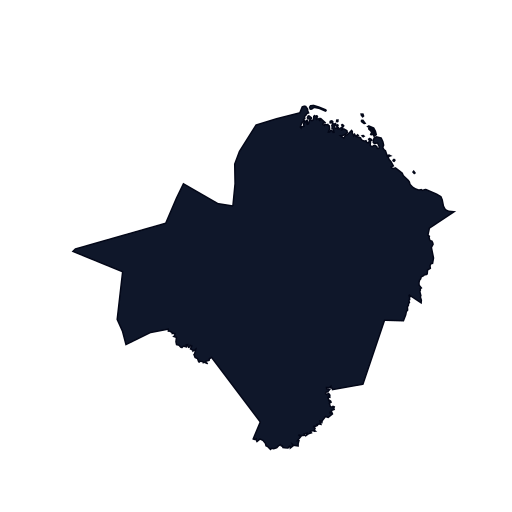 outline of Madang District, Madang, Papua New Guinea, rotated 293°
{"feature_id": "67681753B97158406764408", "entity_name": "Madang District", "entity_type": "district", "adm_level": 2, "iso_a3": "PNG", "parent_name": "Papua New Guinea", "parent_adm1": "Madang", "projection": "mercator", "projection_center": [145.661, -5.093], "detail": "fine", "context": "isolated", "style": "filled", "palette": "ink", "viewbox_px": 512, "rotation_deg": 293, "n_neighbors": 0, "source": "geoboundaries", "source_scale": "gbopen_adm2", "svg_char_len": 6156}
<svg xmlns="http://www.w3.org/2000/svg" viewBox="0 0 512 512"><g transform="rotate(293 256 256)"><path d="M411.4,240.3L404.9,240.4L390.4,221.3L376.6,204.9L345.8,199.9L332.3,200.5L314.3,208.5L293.6,215.0L292.9,214.8L289.3,200.4L294.1,161.0L278.4,160.2L250.9,160.1L191.9,87.0L188.7,85.7L189.4,139.4L143.4,153.0L134.6,162.5L123.7,170.9L144.2,188.6L154.4,203.8L152.6,204.7L153.1,205.6L152.7,209.4L152.0,209.3L152.9,211.7L151.0,212.3L149.8,211.7L150.0,214.6L145.8,215.8L143.4,217.5L143.8,220.0L142.7,222.3L142.8,223.6L144.7,224.4L145.1,227.3L147.1,226.4L147.7,227.6L147.0,227.5L145.6,229.6L146.3,230.4L148.1,230.4L148.1,232.1L144.9,232.0L144.6,234.7L143.9,235.1L146.8,237.0L141.9,237.7L141.1,237.4L138.8,239.6L138.7,242.3L136.2,244.6L136.3,245.3L137.2,245.5L138.1,248.3L137.2,249.1L138.0,249.8L138.0,253.7L138.4,251.7L139.4,250.7L141.6,253.6L143.3,253.3L145.3,254.7L104.9,324.8L86.5,324.9L86.5,326.2L87.8,327.6L86.9,327.8L85.6,329.4L89.1,331.2L89.0,334.5L87.2,337.9L85.2,339.4L85.2,341.1L83.6,344.9L85.1,345.6L85.5,347.6L87.6,350.0L90.1,350.9L91.9,352.2L91.0,353.6L91.6,354.4L90.2,355.7L91.1,358.7L91.8,360.5L94.0,361.1L94.0,361.9L92.6,362.6L95.7,364.3L97.1,362.8L96.6,365.2L97.6,369.0L99.8,368.1L102.7,367.7L102.0,366.2L107.3,367.8L107.6,365.5L108.2,365.6L108.3,367.8L110.0,371.0L111.0,369.8L112.9,372.1L110.6,372.4L112.9,373.8L114.9,376.1L115.7,374.6L116.3,374.9L117.7,377.2L117.4,378.1L118.0,379.1L118.4,377.7L120.5,377.7L121.2,375.8L122.1,375.9L122.4,377.2L124.0,378.7L124.7,377.8L126.1,380.0L126.4,381.6L127.7,380.8L128.1,379.7L129.2,379.1L129.6,380.1L128.9,381.6L130.2,381.3L135.4,382.7L135.6,385.5L140.5,388.1L141.6,387.0L140.6,386.3L140.4,385.2L141.5,385.2L142.1,386.3L143.3,385.8L145.3,387.9L146.2,387.1L147.7,387.0L147.7,385.6L146.5,385.2L146.5,383.1L149.1,381.0L150.1,381.8L150.8,380.5L151.1,381.9L151.6,381.4L152.0,379.0L154.0,377.4L154.7,379.0L155.6,377.9L156.1,378.7L157.1,378.0L157.8,376.5L156.0,375.0L156.9,373.6L158.2,373.8L158.9,375.1L162.0,376.0L161.1,372.9L162.5,372.2L163.4,374.7L165.3,375.8L164.0,376.2L164.0,377.8L162.9,378.6L179.8,404.5L247.1,399.4L254.0,417.0L260.3,416.8L263.6,416.1L265.4,416.7L268.5,415.2L270.0,415.6L271.7,415.0L273.2,415.4L274.8,414.0L275.9,414.5L277.7,413.5L278.9,413.8L279.1,412.3L280.0,412.4L277.4,426.3L279.9,425.5L282.5,423.3L284.0,423.2L287.4,420.6L288.6,420.7L290.2,420.0L291.2,420.7L292.8,417.6L294.9,416.5L297.6,416.0L299.3,416.5L301.3,416.2L303.3,417.9L305.0,418.6L305.1,419.7L306.4,420.6L310.1,419.4L312.8,421.3L315.1,419.9L317.7,420.2L318.2,421.4L323.5,420.2L332.4,414.1L336.0,414.4L337.2,413.5L338.4,412.1L338.2,410.5L338.7,409.6L340.8,408.0L341.9,407.9L342.4,406.1L349.4,404.7L374.1,421.0L372.5,415.9L372.5,413.2L373.1,411.5L375.2,409.0L380.4,405.5L382.8,403.1L383.5,398.3L383.6,386.7L383.4,385.9L381.4,383.6L381.7,382.2L380.3,380.1L380.1,376.4L380.6,373.2L382.1,369.8L384.1,368.2L385.0,366.8L387.5,360.2L389.4,358.2L391.6,350.0L390.1,348.1L390.1,346.7L390.8,345.5L392.6,347.2L395.7,343.2L396.9,340.6L398.6,339.3L398.7,338.2L403.4,334.1L403.9,332.2L405.1,330.7L405.7,330.2L407.9,330.2L410.8,328.1L413.5,325.1L412.8,320.4L410.7,318.7L408.8,318.7L406.4,319.5L406.0,320.2L406.0,321.1L407.5,323.8L404.6,326.9L403.5,327.1L402.6,326.4L402.4,325.6L403.8,324.6L404.4,322.4L403.8,321.3L402.1,320.3L402.1,318.5L402.7,317.8L405.3,317.0L405.8,316.4L405.2,315.3L403.9,315.0L403.9,313.4L405.1,312.2L404.2,311.1L403.9,308.8L404.5,307.2L405.6,306.1L405.1,301.1L406.6,299.2L404.7,298.9L407.4,296.2L408.3,296.0L408.9,294.9L403.5,292.8L401.7,291.2L398.8,290.8L399.7,286.7L401.2,289.2L403.0,290.6L405.3,291.8L406.9,290.7L407.3,287.3L405.7,285.7L407.6,285.7L407.8,284.6L405.1,282.8L404.9,281.8L405.4,281.3L406.3,281.7L406.8,280.9L406.5,280.2L405.1,280.3L404.5,279.6L404.6,278.8L407.9,276.0L408.0,275.2L407.6,274.8L405.4,274.9L404.8,275.9L403.5,275.9L403.0,276.2L403.2,277.6L400.3,279.5L399.8,278.6L401.3,276.7L400.4,275.7L398.7,275.3L398.2,274.2L400.2,273.9L401.0,274.5L404.4,272.7L404.4,271.8L405.2,270.7L404.2,269.5L404.4,268.4L403.9,267.9L402.9,268.0L403.1,266.3L404.4,265.9L405.9,267.3L407.8,261.9L407.5,261.1L406.2,262.1L405.6,261.6L406.7,259.7L405.3,258.3L405.7,257.7L408.2,258.2L408.8,257.5L408.7,256.9L407.8,256.6L408.1,255.0L407.1,254.6L405.7,255.2L403.4,255.4L402.4,254.6L402.4,252.9L401.6,252.3L397.9,252.7L397.1,251.7L397.7,250.9L398.7,251.2L400.2,250.7L400.9,250.1L400.4,249.4L399.1,249.6L396.8,247.9L394.0,249.5L393.0,247.6L391.3,247.6L391.8,246.5L393.0,246.2L397.4,246.3L399.3,248.0L400.2,246.3L401.6,247.2L403.0,246.3L403.9,246.3L405.0,246.9L406.9,247.1L408.3,248.5L410.0,246.7L411.4,246.1L413.1,243.3L412.8,241.9L411.4,240.3ZM419.8,314.3L419.8,309.0L418.8,308.3L418.4,313.0L417.3,312.4L417.1,310.2L416.8,310.4L416.2,312.4L415.0,314.2L412.8,314.0L412.6,314.6L413.7,316.4L412.3,317.9L414.7,319.3L417.6,317.1L418.3,316.1L417.5,315.4L415.6,317.3L414.8,317.1L415.1,316.0L417.0,314.3L417.8,314.1L418.3,314.6L418.0,315.3L418.7,315.7L419.8,314.3ZM417.8,263.1L417.7,255.8L417.1,250.1L415.6,247.5L413.9,247.2L412.5,248.4L412.5,249.1L413.2,250.0L415.1,251.1L415.7,252.2L416.6,256.5L416.5,263.3L417.2,263.7L417.8,263.1ZM404.9,253.0L405.7,249.9L405.1,249.3L403.2,249.3L402.6,250.4L403.5,252.7L404.0,253.2L404.9,253.0ZM420.8,304.6L422.7,301.4L422.1,300.2L421.3,300.3L420.7,301.3L420.2,303.8L420.8,304.6ZM408.4,316.7L408.6,314.7L407.5,314.0L406.9,314.7L406.9,316.7L407.7,317.3L408.4,316.7ZM426.9,300.3L428.4,299.0L427.7,297.3L426.7,298.0L425.8,299.8L426.9,300.3ZM410.0,273.6L409.9,272.6L409.1,271.8L408.2,271.8L407.5,272.4L408.5,274.0L409.4,274.4L410.0,273.6ZM394.6,369.9L395.7,368.0L394.6,367.7L393.8,369.4L394.6,369.9ZM411.8,278.8L413.2,278.3L412.6,277.2L411.3,277.6L411.2,278.2L411.8,278.8ZM410.1,285.9L410.7,284.6L410.7,284.0L410.1,283.7L409.2,284.8L409.2,285.7L410.1,285.9ZM398.9,345.9L398.5,344.9L397.4,344.8L397.1,345.3L397.1,346.1L398.2,346.5L398.9,345.9ZM408.5,308.7L408.8,307.5L408.1,306.7L407.6,308.1L408.5,308.7ZM400.8,340.7L400.9,339.1L400.5,338.5L399.8,339.5L400.8,340.7ZM408.4,280.4L408.7,279.9L407.3,279.0L407.0,279.5L408.4,280.4ZM409.0,277.4L408.5,276.9L407.6,278.2L408.0,278.4L409.0,277.4ZM406.9,302.9L407.3,302.2L406.5,301.8L406.9,302.9Z" fill="#0f172a" stroke="#020617" stroke-width="1.5"/></g></svg>